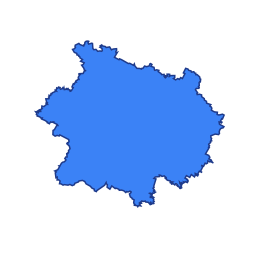 Mid-Western, New South Wales, Australia (Equal Earth projection), rotated 110°
{"feature_id": "25037944B76580037794190", "entity_name": "Mid-Western", "entity_type": "district", "adm_level": 2, "iso_a3": "AUS", "parent_name": "Australia", "parent_adm1": "New South Wales", "projection": "equal_earth", "projection_center": [149.8, -32.602], "detail": "fine", "context": "isolated", "style": "filled", "palette": "blue", "viewbox_px": 256, "rotation_deg": 110, "n_neighbors": 0, "source": "geoboundaries", "source_scale": "gbopen_adm2", "svg_char_len": 5772}
<svg xmlns="http://www.w3.org/2000/svg" viewBox="0 0 256 256"><g transform="rotate(110 128 128)"><path d="M128.7,215.2L131.3,213.5L131.7,212.6L132.7,213.6L133.3,212.9L132.9,212.0L133.3,211.6L133.7,212.7L136.6,214.3L136.8,216.4L139.0,215.8L139.2,215.3L140.8,216.7L141.3,216.3L141.2,217.5L141.9,217.6L141.9,216.5L142.4,216.0L142.9,217.4L143.8,217.5L142.5,218.4L143.6,219.2L144.2,218.5L144.4,220.2L145.4,218.7L146.7,218.7L147.0,217.4L147.8,217.4L147.7,214.6L148.4,213.5L147.9,212.0L149.1,212.2L149.3,208.5L150.0,205.6L150.6,205.7L150.9,203.3L148.8,202.9L148.7,201.5L147.9,200.6L147.8,199.9L148.4,200.1L148.9,195.6L149.6,194.8L149.9,195.8L154.7,196.6L155.9,197.6L159.9,196.3L160.6,193.7L159.2,192.1L159.0,189.9L157.8,189.7L159.1,179.8L160.9,178.8L162.5,179.1L162.5,179.9L163.7,180.1L165.0,177.0L167.3,175.4L169.6,176.2L171.0,175.5L172.2,176.2L173.0,175.3L172.5,176.3L173.1,176.8L176.0,175.3L176.6,176.6L178.4,176.9L178.9,175.6L179.7,175.4L181.6,176.3L182.4,177.6L183.8,178.5L186.8,179.0L187.2,179.9L187.7,179.1L191.2,179.7L193.4,182.1L193.8,180.4L195.0,181.0L199.4,178.7L198.4,177.7L201.1,176.8L200.4,175.6L201.1,173.7L203.8,173.3L203.4,171.8L203.9,169.5L203.0,168.5L202.2,164.8L200.9,163.3L201.2,160.7L199.6,159.0L198.2,159.1L195.6,156.1L194.5,155.9L192.8,152.8L193.1,150.3L194.8,148.3L195.6,143.4L196.8,141.4L197.0,138.9L198.5,138.1L198.6,136.0L197.4,135.8L189.8,130.4L186.8,129.9L187.9,129.2L188.3,128.0L190.8,127.4L191.7,124.1L188.0,123.4L189.3,119.3L188.7,118.9L188.6,117.4L188.8,115.4L189.5,114.9L188.6,113.0L188.4,110.6L189.4,108.0L188.1,107.4L188.2,106.2L186.7,104.6L186.8,103.4L187.7,103.1L189.5,104.1L191.9,102.3L192.6,100.1L193.1,99.9L193.5,97.6L196.0,97.2L197.3,96.3L197.4,95.4L198.4,95.5L197.9,92.8L198.6,91.9L197.2,91.5L196.8,89.4L195.5,91.2L194.4,91.7L193.7,91.1L194.5,90.4L194.1,89.6L193.1,90.7L191.8,90.0L192.0,89.0L190.8,86.7L191.5,86.2L190.9,83.5L192.4,80.9L192.0,80.4L191.0,81.6L189.9,81.2L191.3,79.7L190.1,78.6L190.4,77.4L189.1,79.1L188.1,78.3L187.4,79.3L186.1,79.4L185.4,80.9L184.4,80.1L184.2,81.2L185.2,81.8L185.6,83.3L184.4,83.6L184.1,82.6L182.9,82.4L182.0,85.4L181.6,84.9L181.7,82.6L180.7,82.6L180.5,81.4L178.9,80.3L178.7,82.4L178.3,82.5L178.2,81.4L177.6,81.5L176.0,83.9L174.8,83.2L174.0,83.9L166.3,84.3L166.5,86.4L164.7,85.6L162.8,81.7L161.5,82.5L161.3,81.0L161.9,79.5L160.6,77.6L161.4,75.5L162.3,76.1L162.6,75.6L162.0,74.9L163.3,74.2L163.6,72.6L163.2,70.3L164.6,69.8L163.6,68.6L163.4,67.4L165.2,68.6L165.8,67.7L164.9,66.5L165.5,64.5L164.1,64.2L163.9,63.6L164.4,62.3L165.2,62.4L165.3,61.2L165.8,61.3L166.1,59.4L167.0,58.6L166.8,57.9L165.9,57.2L165.5,58.7L164.6,57.9L163.6,58.8L163.1,58.0L162.5,58.0L162.5,60.2L161.3,60.9L162.2,59.2L161.2,59.0L161.6,58.0L160.8,57.1L159.6,57.6L159.8,56.2L158.8,55.9L159.0,53.6L157.9,53.4L157.9,53.9L156.6,53.7L156.4,55.0L155.9,54.9L155.6,57.3L152.8,56.8L153.3,53.1L150.1,52.6L151.2,48.8L149.4,48.6L147.7,49.3L147.8,48.0L148.9,48.2L149.2,46.2L147.9,46.0L147.8,46.8L144.2,46.2L144.4,43.8L144.2,43.8L144.0,45.0L138.6,44.5L138.4,45.8L138.0,45.8L138.1,43.9L134.7,43.5L134.9,42.3L133.8,41.3L131.6,41.7L131.9,39.5L131.2,39.4L131.7,35.8L131.3,37.1L129.5,39.1L129.4,41.5L127.5,41.1L126.1,42.8L125.9,46.3L118.5,45.0L118.5,45.7L117.0,45.4L117.1,44.8L116.1,46.5L115.5,46.6L113.4,45.4L112.4,46.0L111.5,45.1L111.3,45.8L109.1,45.9L108.8,46.8L107.0,47.5L103.9,44.0L103.2,40.6L101.7,40.2L100.5,41.0L98.1,41.1L96.5,40.4L95.2,38.6L93.9,38.3L93.2,43.3L91.3,44.4L91.3,41.9L90.4,41.7L90.1,43.5L87.1,43.0L87.2,42.3L83.0,42.1L82.7,43.9L84.7,47.0L84.8,48.9L82.6,49.4L83.3,52.3L82.8,55.7L80.7,56.0L79.7,57.1L79.6,58.4L79.2,58.7L77.7,58.2L77.8,62.6L76.1,63.4L75.6,65.8L74.3,66.4L73.4,69.5L71.7,70.2L71.8,72.4L72.9,74.4L71.9,75.1L71.0,74.7L69.0,77.7L67.5,77.4L66.5,75.0L65.7,74.9L64.9,76.0L63.9,75.5L61.0,76.7L59.9,76.4L59.9,75.8L57.3,76.4L57.3,77.1L55.5,78.1L54.2,81.3L54.7,82.5L53.4,83.1L53.6,84.2L52.6,85.4L53.8,87.5L52.8,88.3L53.0,90.7L52.1,91.8L52.2,94.2L57.3,94.8L57.5,93.1L62.9,93.8L62.6,95.7L64.8,96.4L64.5,98.1L66.5,99.7L66.0,102.2L64.7,101.3L62.7,102.0L64.2,105.9L65.3,106.7L63.3,107.2L63.5,108.3L64.1,109.7L65.7,108.7L66.0,110.5L67.5,109.6L68.1,110.1L67.2,111.7L65.3,112.4L66.3,114.7L65.5,115.7L64.7,118.9L63.3,118.7L63.5,121.0L64.6,122.4L64.5,122.9L62.1,124.3L62.2,127.5L60.1,127.2L59.7,128.8L60.1,129.3L62.5,129.4L64.0,131.5L64.1,133.6L66.9,134.4L67.2,135.4L68.0,135.5L68.0,137.2L68.9,140.0L67.3,142.8L65.6,144.0L67.2,144.3L66.6,148.5L67.3,149.8L66.0,157.5L65.9,159.6L66.9,159.8L66.2,164.9L60.6,163.9L61.5,164.9L60.4,165.6L58.7,165.3L57.4,165.9L58.9,169.0L60.2,170.3L58.1,173.0L59.8,176.0L59.2,177.2L59.6,180.1L58.9,181.1L60.3,182.2L60.7,181.3L61.7,182.0L62.1,179.7L64.2,178.6L65.1,179.4L65.1,180.6L66.3,182.7L65.1,185.0L66.1,186.9L65.3,188.2L60.7,190.3L60.7,191.1L62.6,193.7L61.7,194.7L60.0,194.5L60.0,195.3L60.8,197.0L62.2,197.8L64.0,197.4L65.6,198.2L66.1,197.0L66.0,201.7L65.3,203.1L68.2,205.9L69.7,205.6L70.3,204.9L72.0,205.6L73.1,207.0L75.3,204.3L75.4,201.6L76.8,201.0L76.6,199.1L77.5,198.7L77.6,197.6L78.6,197.0L79.2,194.2L81.5,195.4L81.7,191.5L83.8,191.9L84.8,193.1L86.9,190.0L88.5,188.8L88.6,186.9L89.0,188.5L92.1,188.8L93.6,192.3L94.2,191.4L94.6,192.1L94.9,191.7L97.4,192.1L99.0,190.8L99.1,191.6L100.2,191.8L101.1,192.9L102.0,193.1L102.5,192.5L102.6,193.1L105.2,193.6L105.1,194.5L108.6,194.7L108.8,193.3L112.0,193.9L112.1,194.7L112.9,194.4L113.3,194.9L112.1,196.3L112.2,196.9L111.6,197.6L112.3,197.8L111.7,199.0L112.2,199.5L112.7,199.1L113.7,201.0L111.9,202.1L113.2,202.2L113.3,202.6L112.8,203.1L113.4,203.2L114.7,204.7L113.8,205.9L113.2,205.7L113.3,207.3L114.8,207.6L114.7,208.7L116.6,208.4L117.2,209.3L117.8,208.2L117.9,209.1L118.9,209.1L120.8,211.2L121.8,211.2L122.0,212.1L123.8,211.8L124.3,213.4L125.2,212.7L126.1,213.2L126.6,212.4L127.6,212.4L128.7,215.2Z" fill="#3b82f6" stroke="#1e3a8a" stroke-width="1.5"/></g></svg>